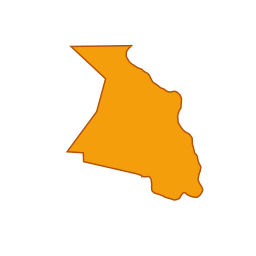 Mason, West Virginia, United States of America (Equal Earth projection), rotated 136°
{"feature_id": "52423323B68405193247376", "entity_name": "Mason", "entity_type": "district", "adm_level": 2, "iso_a3": "USA", "parent_name": "United States of America", "parent_adm1": "West Virginia", "projection": "equal_earth", "projection_center": [-82.067, 38.752], "detail": "fine", "context": "isolated", "style": "filled", "palette": "amber", "viewbox_px": 256, "rotation_deg": 136, "n_neighbors": 0, "source": "geoboundaries", "source_scale": "gbopen_adm2", "svg_char_len": 1537}
<svg xmlns="http://www.w3.org/2000/svg" viewBox="0 0 256 256"><g transform="rotate(136 128 128)"><path d="M100.7,55.0L100.2,56.0L97.9,59.5L97.4,61.4L97.5,63.2L97.2,64.1L94.7,68.2L92.6,72.1L91.0,73.7L88.8,76.3L88.4,78.6L88.2,81.5L89.0,83.7L89.3,84.9L89.6,86.1L89.8,88.0L89.2,92.8L88.3,96.7L87.5,97.9L83.8,102.3L82.6,103.1L79.0,104.9L75.9,105.7L73.7,107.9L71.0,110.1L69.6,111.5L68.8,112.5L67.7,115.5L67.7,118.2L68.0,120.3L69.0,122.2L71.6,123.8L73.1,125.0L73.8,126.0L74.6,127.8L75.3,131.8L76.2,133.2L76.6,134.3L77.1,138.5L77.6,140.8L78.2,143.3L78.1,144.5L77.5,146.7L76.1,150.9L75.9,153.4L76.8,156.1L77.2,158.2L77.3,160.7L79.1,164.5L79.7,166.7L80.4,170.1L80.8,171.3L81.0,172.6L81.0,175.0L80.1,178.8L79.6,180.5L78.3,182.1L76.5,183.6L75.1,184.3L72.0,184.8L68.3,184.8L112.4,226.3L109.9,179.0L138.7,161.8L140.3,161.3L188.3,153.2L177.4,141.2L183.3,134.7L172.6,118.2L153.3,88.6L151.3,84.4L151.8,83.3L151.3,83.0L149.8,81.2L146.8,78.6L146.5,77.9L146.5,77.3L146.9,75.2L148.9,72.6L149.3,71.9L150.9,70.1L151.8,69.5L153.8,67.0L154.1,66.7L154.5,65.2L153.9,62.3L152.3,59.6L150.7,56.4L149.2,52.1L146.9,48.2L145.1,44.6L144.2,43.7L142.8,42.7L140.2,41.7L138.1,42.0L137.7,42.3L135.9,42.8L134.2,43.0L133.3,42.9L132.7,42.7L132.3,42.3L132.0,41.8L131.8,39.6L131.6,38.4L130.7,36.1L129.5,33.8L128.5,32.3L126.6,30.4L125.3,29.8L122.5,29.7L119.9,30.3L117.5,31.3L116.8,32.3L116.0,34.0L114.9,39.0L114.0,41.2L113.4,42.3L111.4,43.8L108.7,45.6L105.9,47.0L103.3,48.8L102.6,49.6L102.2,50.5L101.7,52.8L100.7,55.0Z" fill="#f59e0b" stroke="#b45309" stroke-width="1.5"/></g></svg>